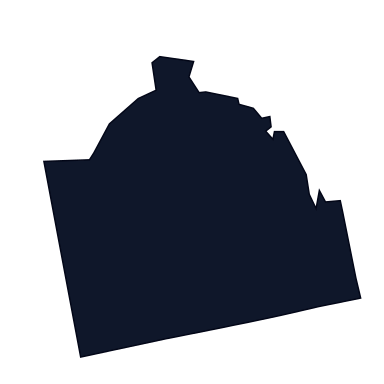 outline of Lincoln, Tennessee, United States of America, rotated 348°
{"feature_id": "52423323B92383596242389", "entity_name": "Lincoln", "entity_type": "district", "adm_level": 2, "iso_a3": "USA", "parent_name": "United States of America", "parent_adm1": "Tennessee", "projection": "equal_earth", "projection_center": [-86.542, 35.181], "detail": "fine", "context": "isolated", "style": "filled", "palette": "ink", "viewbox_px": 384, "rotation_deg": 348, "n_neighbors": 0, "source": "geoboundaries", "source_scale": "gbopen_adm2", "svg_char_len": 768}
<svg xmlns="http://www.w3.org/2000/svg" viewBox="0 0 384 384"><g transform="rotate(348 192 192)"><path d="M78.0,330.2L136.6,330.1L137.0,330.1L138.4,330.2L140.3,330.2L146.5,330.3L156.6,330.4L179.4,330.7L185.6,330.8L195.3,330.9L203.9,330.9L219.0,331.1L224.8,331.1L252.5,331.1L271.3,330.8L291.6,330.4L334.9,330.8L334.4,310.4L335.2,243.0L335.2,231.3L320.5,229.5L316.9,217.0L309.9,234.1L306.2,218.7L307.3,198.7L294.2,152.0L285.2,150.1L282.1,157.3L276.7,147.8L282.9,144.7L283.8,134.4L275.5,134.4L269.4,122.9L256.2,116.0L256.1,110.0L226.3,97.0L219.6,96.3L212.9,78.8L220.7,64.7L188.6,52.9L179.8,57.3L178.1,85.0L158.9,89.4L125.4,108.2L104.1,133.4L98.4,139.2L53.5,131.3L48.8,330.3L57.5,330.3L77.9,330.2L78.0,330.2Z" fill="#0f172a" stroke="#020617" stroke-width="1.5"/></g></svg>